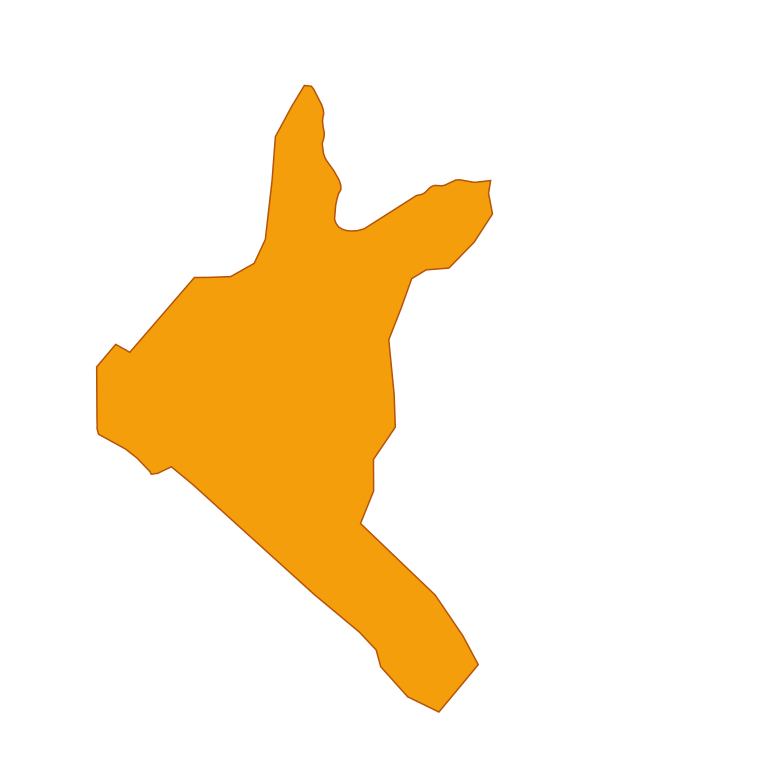 the Prefecture of Dabola, rotated 310°
{"feature_id": "GIN-5632", "entity_name": "Dabola", "entity_type": "Prefecture", "adm_level": 1, "iso_a3": "GIN", "parent_name": "Guinea", "parent_adm1": "", "projection": "albers", "projection_center": [-11.021, 10.553], "detail": "fine", "context": "isolated", "style": "filled", "palette": "amber", "viewbox_px": 768, "rotation_deg": 310, "n_neighbors": 0, "source": "natural_earth", "source_scale": "10m", "svg_char_len": 1287}
<svg xmlns="http://www.w3.org/2000/svg" viewBox="0 0 768 768"><g transform="rotate(310 384 384)"><path d="M229.6,636.6L213.7,636.7L168.0,636.9L159.6,603.3L165.3,563.2L175.2,549.0L178.1,524.7L177.9,465.9L184.1,301.6L183.9,274.3L170.2,268.1L165.3,263.7L166.5,260.8L168.5,242.3L168.0,227.6L162.0,197.6L165.6,192.6L167.8,191.0L171.1,188.0L212.4,152.9L241.9,153.0L244.9,168.9L343.7,170.3L353.0,181.2L367.7,197.5L393.0,207.0L418.4,200.2L467.7,167.6L503.7,141.8L537.1,134.9L561.5,131.1L565.4,137.0L564.6,140.7L557.8,156.8L554.8,161.5L552.0,164.3L549.8,165.3L546.0,167.8L541.7,172.2L538.4,176.4L535.9,178.5L533.4,180.0L529.0,181.8L527.8,182.8L521.6,189.6L519.6,193.0L518.3,196.1L515.1,208.6L511.2,218.9L508.3,223.3L505.4,225.9L500.3,227.0L495.8,228.9L489.7,232.2L478.3,240.3L476.1,244.3L475.1,248.3L475.8,252.6L477.5,256.8L480.5,261.0L484.3,265.0L490.0,269.0L549.3,287.7L552.9,290.6L554.9,291.7L557.4,292.4L563.8,292.9L566.4,293.7L568.8,295.3L573.0,300.9L575.1,302.6L586.2,307.8L588.2,309.7L590.0,312.2L595.9,322.6L597.3,324.4L608.4,334.9L597.3,341.5L584.0,357.8L550.6,361.9L514.5,359.2L498.5,342.9L482.5,337.5L453.1,348.4L421.0,359.2L382.3,398.7L358.2,420.4L319.5,424.4L295.4,444.8L262.0,455.7L255.2,558.9L241.7,606.5L229.6,636.6Z" fill="#f59e0b" stroke="#b45309" stroke-width="1.5"/></g></svg>